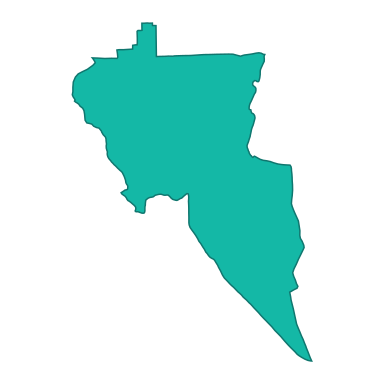 Angkor Borei, Takêv, Cambodia (Natural Earth projection)
{"feature_id": "14789045B52246577333094", "entity_name": "Angkor Borei", "entity_type": "district", "adm_level": 2, "iso_a3": "KHM", "parent_name": "Cambodia", "parent_adm1": "Takêv", "projection": "natural_earth1", "projection_center": [104.951, 10.971], "detail": "fine", "context": "isolated", "style": "filled", "palette": "teal", "viewbox_px": 384, "rotation_deg": 0, "n_neighbors": 0, "source": "geoboundaries", "source_scale": "gbopen_adm2", "svg_char_len": 5030}
<svg xmlns="http://www.w3.org/2000/svg" viewBox="0 0 384 384"><path d="M264.8,54.5L263.3,54.3L261.2,53.2L258.9,52.8L256.4,53.1L254.3,53.5L253.0,53.8L251.2,54.1L247.7,54.6L245.4,54.9L244.5,55.0L242.9,55.4L240.6,56.2L236.7,55.2L233.0,54.2L228.7,54.1L222.8,54.2L216.7,54.3L210.3,54.5L204.0,54.6L197.9,55.0L190.6,55.5L183.5,55.6L177.5,55.8L174.7,55.9L172.6,56.2L168.5,56.1L165.6,56.3L161.3,56.4L157.0,56.5L156.4,56.5L156.1,35.4L156.0,25.6L152.5,25.5L152.4,23.1L149.3,23.2L147.3,23.0L144.4,23.2L141.9,23.2L141.9,26.2L142.0,30.3L140.7,30.5L138.0,30.5L137.1,31.3L137.3,38.1L137.3,42.7L137.1,44.8L135.2,44.9L132.7,45.3L132.6,49.1L123.3,49.7L118.8,49.7L116.9,50.0L117.4,53.3L117.8,57.2L117.1,58.4L111.4,58.3L104.7,58.5L97.8,58.1L92.3,57.9L93.1,58.9L94.7,61.4L95.2,62.8L92.9,65.3L87.4,69.3L82.4,71.7L78.2,73.9L75.4,77.1L73.3,82.0L72.9,87.2L72.9,91.6L72.3,94.8L73.2,96.9L74.4,98.7L75.1,100.0L74.5,101.1L75.5,102.0L77.0,102.9L78.8,104.2L80.0,106.1L82.7,108.2L84.0,110.7L84.6,114.4L85.1,120.2L86.8,122.9L89.6,123.5L91.8,124.1L93.7,126.2L96.4,127.5L99.0,128.1L101.3,130.9L101.7,132.1L103.2,134.7L105.4,137.0L106.0,138.8L106.1,141.0L106.5,144.0L106.2,145.9L106.3,148.2L107.0,150.7L107.4,151.7L107.2,154.0L107.5,155.7L108.0,157.1L108.8,158.5L109.7,159.7L110.5,160.4L111.4,161.8L112.9,163.3L114.1,164.7L115.4,165.8L116.5,166.9L117.5,168.0L118.9,169.3L119.8,170.2L120.8,171.0L122.2,172.4L123.0,174.0L123.7,175.4L124.3,176.7L124.9,178.4L125.5,180.2L125.8,182.2L126.1,183.2L126.5,184.0L127.5,185.4L127.8,186.4L127.7,188.4L127.4,189.4L126.0,189.9L125.1,190.0L123.4,191.2L122.0,192.1L121.1,192.7L121.8,193.9L123.4,195.1L124.9,196.1L126.2,197.6L126.9,199.1L127.9,200.5L129.3,201.3L130.8,202.4L132.6,204.0L133.9,205.1L134.7,205.9L135.6,207.1L135.8,208.4L135.7,209.5L135.2,210.8L135.4,211.5L136.7,211.8L138.0,211.7L139.3,212.2L140.7,212.7L141.8,213.1L143.0,213.2L144.0,213.1L144.6,212.3L144.9,210.9L144.9,209.5L144.9,207.8L145.0,206.4L145.3,205.5L145.4,203.1L145.6,201.6L145.8,200.1L147.1,199.0L148.4,198.0L150.1,197.4L150.9,197.3L152.0,197.1L153.0,196.9L153.8,196.4L155.1,195.3L157.3,194.7L159.1,194.3L161.0,194.2L162.6,194.7L164.1,195.2L165.6,195.2L167.0,195.0L168.3,195.2L170.0,196.8L170.9,197.9L172.6,199.3L173.8,199.7L175.5,200.2L176.9,200.4L178.4,199.7L180.0,198.7L181.8,198.0L184.3,195.7L186.9,193.6L188.2,193.9L188.7,196.3L188.7,198.5L188.5,201.2L188.7,205.1L188.8,208.7L188.8,212.9L188.9,217.1L188.9,219.7L188.9,222.9L189.2,225.0L190.1,227.5L191.9,230.1L193.6,232.4L195.7,235.4L197.7,238.7L198.9,241.2L199.9,242.5L200.5,243.2L201.4,244.6L202.9,247.1L204.4,249.3L205.8,252.1L207.1,253.5L208.6,255.7L210.2,257.4L211.9,258.4L213.7,259.3L214.6,260.3L215.7,262.1L216.8,263.9L217.9,265.6L218.2,266.6L219.2,268.5L220.4,270.6L221.6,273.2L222.4,274.9L223.5,276.7L224.5,278.2L226.2,279.9L227.7,281.5L229.5,283.5L231.5,285.5L233.6,287.3L236.0,289.8L238.1,292.0L239.7,293.3L241.7,295.2L242.9,296.8L244.5,298.3L246.4,299.9L247.9,301.5L249.3,303.0L250.4,303.9L251.8,305.4L252.6,306.3L253.2,307.0L253.9,307.8L256.3,310.3L258.5,312.6L260.9,315.4L263.8,318.5L265.6,320.3L268.3,323.1L271.8,326.7L274.9,330.5L277.3,332.9L280.7,336.4L284.6,341.0L288.3,345.1L291.1,348.0L294.9,351.7L297.2,354.3L299.2,355.8L301.6,357.3L304.8,359.1L308.0,360.4L310.5,360.9L311.7,361.0L310.2,357.7L308.1,352.2L306.2,347.5L305.9,346.4L304.5,343.1L303.1,339.4L301.5,336.0L299.6,331.3L298.4,328.5L297.3,325.8L296.6,324.0L295.0,316.7L293.3,308.8L291.1,300.1L290.6,296.6L289.7,292.1L290.8,291.6L292.0,290.9L293.3,290.1L295.0,289.2L297.0,288.3L297.9,286.3L296.5,283.7L295.4,280.2L293.8,276.6L293.1,274.3L292.7,272.7L294.0,268.8L296.3,264.2L298.5,259.1L300.7,254.7L302.6,250.8L304.1,247.6L303.8,245.3L302.1,241.2L300.4,238.4L299.8,235.4L299.9,230.7L299.1,225.5L298.4,221.0L296.6,217.0L294.7,212.8L293.4,209.7L292.2,206.5L291.4,203.7L291.7,199.5L292.2,195.7L292.6,190.2L292.5,184.8L292.2,180.7L292.1,177.3L291.9,174.1L291.5,170.7L291.4,168.5L291.0,166.6L290.0,165.1L287.7,165.0L284.1,164.8L281.3,164.5L277.9,164.0L273.7,162.8L270.1,161.5L266.8,160.8L263.2,160.3L260.1,159.3L257.4,157.8L255.3,156.6L254.3,156.2L252.9,157.4L251.8,156.6L251.3,155.8L250.8,155.5L250.3,154.8L249.5,153.6L249.2,152.9L249.0,151.9L248.4,150.9L247.9,149.2L247.3,147.8L247.0,145.7L247.6,143.9L248.5,141.6L249.1,139.5L249.4,138.6L249.6,138.0L250.1,136.6L250.4,134.8L250.9,132.6L251.5,129.5L252.3,127.0L253.0,125.5L253.2,124.7L253.6,123.5L253.9,122.3L254.2,121.2L254.6,119.7L255.0,118.0L254.9,117.2L254.6,115.6L254.0,114.6L253.2,113.7L252.4,113.4L251.7,112.9L251.2,111.7L250.8,109.8L249.8,109.6L249.2,109.1L249.1,108.1L249.2,106.7L249.4,105.5L250.0,103.6L251.0,101.6L251.9,99.7L252.7,97.8L253.1,97.0L253.7,95.6L254.3,94.2L255.5,92.4L255.9,90.6L255.9,88.6L255.4,87.4L254.4,86.6L252.9,85.2L252.7,84.3L252.7,83.4L252.9,82.2L253.4,81.8L254.5,80.6L255.9,80.7L256.9,81.5L258.2,81.7L258.9,81.1L259.6,78.6L259.9,77.0L260.0,76.0L260.2,74.4L260.2,72.7L260.3,70.5L260.7,69.0L261.4,67.4L262.0,66.1L262.6,64.7L263.5,62.8L264.2,61.4L264.3,59.0L264.1,57.0L264.2,55.9L264.8,54.5Z" fill="#14b8a6" stroke="#0f766e" stroke-width="1.5"/></svg>